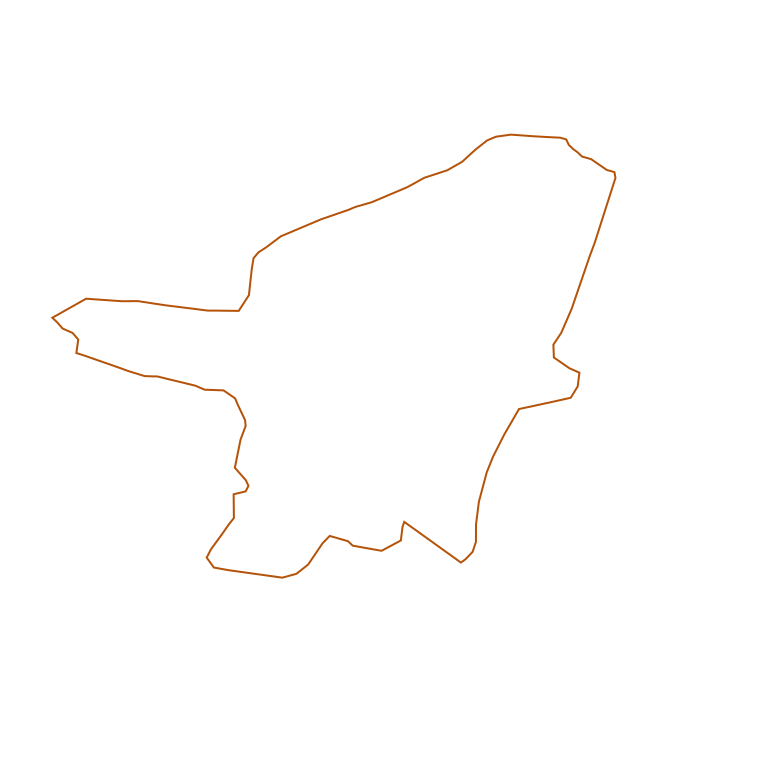 the district of Farshut, Qina, Egypt, rotated 250°
{"feature_id": "37247803B34364320668484", "entity_name": "Farshut", "entity_type": "district", "adm_level": 2, "iso_a3": "EGY", "parent_name": "Egypt", "parent_adm1": "Qina", "projection": "equal_earth", "projection_center": [32.162, 26.057], "detail": "fine", "context": "isolated", "style": "outline", "palette": "amber", "viewbox_px": 768, "rotation_deg": 250, "n_neighbors": 0, "source": "geoboundaries", "source_scale": "gbopen_adm2", "svg_char_len": 1712}
<svg xmlns="http://www.w3.org/2000/svg" viewBox="0 0 768 768"><g transform="rotate(250 384 384)"><path d="M189.9,395.2L191.4,400.5L195.9,409.8L204.2,416.4L220.5,422.4L240.9,432.9L265.8,450.3L275.4,458.9L278.3,461.5L295.2,479.5L314.3,502.3L309.9,534.1L307.2,554.8L315.5,565.2L327.8,571.5L335.4,563.6L350.8,552.7L363.0,556.6L371.5,568.1L390.4,586.0L434.1,621.3L444.5,630.2L498.5,672.0L504.3,673.0L509.0,666.5L511.6,664.7L516.7,661.0L524.4,655.6L530.0,647.9L535.8,645.0L539.7,642.3L545.5,639.4L551.5,638.9L555.2,633.8L560.5,621.2L565.9,608.7L574.9,588.6L578.1,573.8L577.6,564.1L572.9,549.9L566.1,533.5L563.2,516.7L564.0,492.4L561.0,473.2L560.9,470.8L559.3,440.6L559.0,434.6L560.2,417.5L559.8,410.3L560.3,381.1L559.3,361.8L558.1,337.7L552.7,320.0L550.7,311.1L546.8,304.4L545.0,303.4L537.7,299.3L527.8,294.4L515.2,288.2L513.8,287.6L502.4,272.5L506.9,260.5L510.4,251.3L513.3,243.4L521.4,227.7L522.1,226.3L533.2,204.6L546.1,181.0L550.4,168.9L551.4,166.1L566.0,133.3L565.6,130.6L559.7,95.0L553.9,97.9L546.0,101.0L538.5,108.8L530.4,111.9L518.3,105.5L514.5,110.5L511.6,114.1L507.9,118.6L500.4,127.8L496.6,132.5L489.3,141.4L488.2,142.7L483.9,147.8L478.5,154.9L473.3,161.8L470.8,167.9L468.7,173.4L467.7,175.0L465.2,178.7L460.6,185.6L446.9,206.2L440.0,213.5L432.9,231.0L421.4,239.2L414.7,239.5L397.5,241.1L391.8,239.6L381.0,230.3L356.3,215.2L342.0,220.8L340.6,221.3L334.6,221.8L330.4,217.2L331.8,205.0L323.3,202.0L309.4,197.1L305.1,190.1L298.6,180.9L287.8,164.8L281.5,158.0L269.7,161.4L262.3,174.1L236.8,222.2L235.6,236.8L238.2,244.7L240.3,251.0L255.3,271.7L259.8,281.0L248.6,296.4L242.8,299.3L235.4,312.0L228.1,324.7L231.2,346.3L243.5,352.6L247.5,355.9L189.9,395.2Z" fill="none" stroke="#b45309" stroke-width="2"/></g></svg>